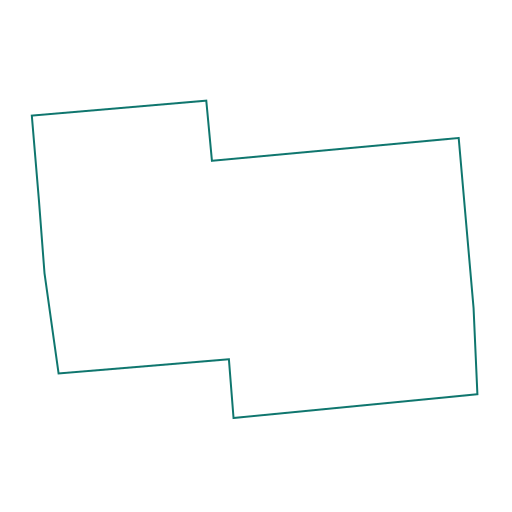 the district of Kanabec, Minnesota, United States of America, rotated 265°
{"feature_id": "52423323B26487213878868", "entity_name": "Kanabec", "entity_type": "district", "adm_level": 2, "iso_a3": "USA", "parent_name": "United States of America", "parent_adm1": "Minnesota", "projection": "orthographic", "projection_center": [-93.298, 45.945], "detail": "fine", "context": "isolated", "style": "outline", "palette": "teal", "viewbox_px": 512, "rotation_deg": 265, "n_neighbors": 0, "source": "geoboundaries", "source_scale": "gbopen_adm2", "svg_char_len": 303}
<svg xmlns="http://www.w3.org/2000/svg" viewBox="0 0 512 512"><g transform="rotate(265 256 256)"><path d="M156.2,49.1L155.5,220.0L96.6,219.5L99.0,464.5L185.1,468.2L355.9,468.2L354.7,220.4L415.1,220.0L415.4,44.9L329.6,44.6L257.3,43.8L156.2,49.1Z" fill="none" stroke="#0f766e" stroke-width="2"/></g></svg>